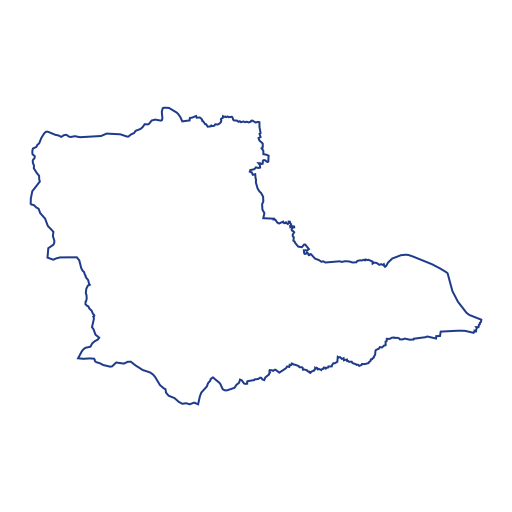 outline of Phrom Khiri, Nakhon Si Thammarat, Thailand
{"feature_id": "78962969B66960801991597", "entity_name": "Phrom Khiri", "entity_type": "district", "adm_level": 2, "iso_a3": "THA", "parent_name": "Thailand", "parent_adm1": "Nakhon Si Thammarat", "projection": "orthographic", "projection_center": [99.833, 8.549], "detail": "fine", "context": "isolated", "style": "outline", "palette": "blue", "viewbox_px": 512, "rotation_deg": 0, "n_neighbors": 0, "source": "geoboundaries", "source_scale": "gbopen_adm2", "svg_char_len": 6025}
<svg xmlns="http://www.w3.org/2000/svg" viewBox="0 0 512 512"><path d="M198.1,404.3L199.9,396.3L201.3,392.6L206.9,386.4L208.0,383.2L210.2,380.8L210.7,379.0L212.9,377.4L219.4,382.8L220.4,384.1L222.7,389.2L224.7,390.3L226.9,390.4L234.5,387.8L236.4,384.9L239.1,382.7L240.0,379.6L241.7,380.3L244.0,383.4L245.4,383.9L247.2,383.7L247.2,381.5L247.9,381.1L254.2,380.1L254.6,379.4L258.2,379.0L260.1,377.7L261.3,377.9L262.4,379.4L264.2,380.1L265.4,377.4L269.0,374.5L269.1,373.4L270.0,372.6L269.4,371.1L269.7,370.1L272.1,370.3L273.1,370.9L274.6,369.8L275.5,369.7L279.3,372.6L285.9,368.3L287.1,366.5L289.2,366.9L289.6,365.0L290.3,365.4L291.2,365.0L291.7,363.5L292.6,363.7L293.3,364.5L294.7,364.6L298.6,366.0L299.4,367.2L302.1,367.3L302.7,367.9L303.0,369.7L304.3,369.5L306.9,370.2L307.5,371.2L309.5,371.7L309.4,372.4L310.2,372.9L311.9,371.4L314.3,370.5L314.4,369.6L315.2,369.1L315.2,367.9L316.0,368.5L316.7,367.8L317.6,368.4L317.9,369.4L319.1,369.0L321.1,370.0L321.2,369.5L323.4,368.8L323.7,367.6L324.8,367.6L325.8,368.6L326.5,367.8L328.1,367.5L328.4,366.5L331.7,366.4L332.1,365.0L333.4,363.2L334.8,363.3L337.3,361.8L337.8,356.8L338.9,357.5L340.0,357.1L341.8,358.9L343.6,358.2L343.9,360.3L346.9,359.5L347.2,361.1L348.2,361.0L349.0,361.8L351.7,361.7L352.5,363.1L355.9,364.2L356.6,364.9L358.0,364.7L359.3,365.9L361.7,364.8L362.0,364.0L364.8,364.1L368.5,363.1L368.7,362.4L370.6,360.8L370.9,359.4L372.2,359.1L372.6,358.3L373.8,357.6L373.9,356.6L375.1,354.8L375.5,350.6L376.1,349.9L378.8,348.7L379.8,347.1L381.9,347.5L384.0,345.6L385.6,345.2L385.6,341.6L386.7,341.0L386.8,338.8L389.7,338.9L391.9,337.7L394.0,337.5L394.2,337.9L397.8,337.9L399.3,338.5L399.9,339.4L402.6,339.4L404.9,338.6L409.7,339.7L413.6,339.5L413.9,338.7L425.5,337.2L427.3,336.5L436.0,338.5L436.3,336.1L440.0,336.0L440.7,331.6L458.3,330.7L464.8,330.8L473.5,332.8L473.6,332.2L474.7,331.8L474.6,330.7L476.1,331.2L476.2,329.4L476.9,328.1L476.2,327.1L478.5,327.1L479.0,324.6L479.8,324.3L480.0,322.7L481.0,321.9L481.3,319.7L469.2,314.9L466.4,312.7L457.9,301.7L452.4,291.1L447.6,273.3L446.3,272.2L439.8,268.3L431.9,264.2L413.4,256.7L408.8,255.1L406.1,254.7L401.0,255.2L392.3,258.5L388.1,262.5L386.1,266.0L385.0,266.8L384.3,266.1L383.8,264.2L382.8,264.9L381.1,264.2L379.3,264.8L376.5,262.9L374.1,262.6L372.6,263.6L372.5,261.5L368.4,259.8L367.4,260.1L365.9,259.5L365.0,260.4L364.1,259.7L361.7,260.5L360.2,260.3L357.4,260.9L356.3,262.3L352.4,262.5L349.5,261.5L345.3,261.2L341.8,261.9L339.5,261.3L325.5,262.5L323.1,261.3L321.4,261.8L319.2,260.2L315.0,258.6L311.0,254.2L310.2,254.1L309.4,255.1L308.7,255.1L307.6,252.8L307.0,252.4L305.7,253.9L304.6,253.9L304.1,253.0L303.9,250.3L307.1,250.4L308.9,249.1L305.3,244.6L304.2,244.5L301.8,247.2L298.2,246.6L295.0,242.7L294.6,241.5L293.4,240.8L293.8,237.3L292.8,236.3L292.7,234.6L294.2,232.2L293.3,231.2L292.1,230.7L291.6,229.6L292.5,227.7L294.2,227.4L294.1,226.5L292.6,226.2L290.3,227.2L290.1,225.9L291.0,225.2L291.1,224.2L290.2,223.2L289.9,221.7L288.7,221.6L288.6,222.9L287.9,224.0L286.2,223.0L286.1,222.4L285.5,222.4L285.3,223.1L284.2,223.2L283.2,222.5L283.0,221.7L279.0,223.5L277.2,222.5L275.4,219.8L273.6,219.5L273.9,218.7L263.3,218.2L264.4,213.1L262.4,209.6L262.1,204.2L263.3,201.5L263.1,196.6L261.0,192.9L259.4,191.4L257.6,188.5L255.9,182.6L256.0,179.4L255.6,178.6L255.2,174.2L252.8,174.8L251.8,172.4L249.8,171.7L250.3,170.1L254.3,169.2L256.0,167.3L258.1,168.0L260.1,167.6L259.8,164.8L258.5,163.2L260.3,163.3L261.8,164.0L262.7,163.7L262.9,160.9L263.4,160.2L264.9,160.2L267.3,162.0L268.3,161.6L268.6,155.7L266.0,154.6L263.4,154.2L263.3,150.7L261.7,148.5L262.4,148.3L262.3,147.3L262.8,146.9L262.7,143.5L259.4,140.5L258.5,138.1L260.6,137.0L259.5,133.9L260.6,133.0L259.5,127.3L259.4,122.2L258.1,121.9L255.6,122.5L252.2,120.5L251.1,120.9L250.8,121.7L248.7,122.4L246.8,121.7L245.2,122.2L243.5,121.5L240.8,122.2L239.8,121.2L238.5,121.8L236.9,120.6L234.0,120.4L233.1,119.6L232.6,117.6L231.9,116.8L228.7,117.2L227.6,116.5L226.1,117.1L225.3,116.6L224.3,116.9L223.0,116.2L222.8,117.9L221.3,118.6L220.9,119.3L221.3,120.8L220.9,122.1L219.3,123.7L217.8,124.5L215.3,124.3L214.2,125.8L211.7,126.1L211.2,125.5L210.4,126.4L207.7,126.7L206.2,124.3L205.1,124.1L203.1,121.2L202.2,120.9L202.1,119.6L201.0,118.4L199.7,117.5L196.7,117.7L196.1,116.0L192.2,117.6L189.9,118.0L189.6,120.4L182.3,121.4L180.4,117.2L178.2,114.0L176.6,112.5L168.9,107.9L164.1,107.7L162.7,108.2L161.8,111.8L162.4,118.3L161.9,120.2L160.7,120.6L155.2,119.6L151.7,120.5L149.0,123.9L147.8,124.4L144.7,124.2L142.5,127.3L140.4,129.0L135.7,130.8L133.9,133.2L131.2,134.3L128.5,136.5L126.8,136.5L120.3,134.3L106.6,133.6L101.1,136.0L80.1,137.2L74.9,136.2L70.6,137.0L68.9,136.6L66.9,135.1L65.6,134.8L63.7,135.3L61.3,136.9L58.4,135.4L55.5,134.9L48.3,131.9L46.7,131.6L45.6,132.0L44.1,133.5L41.3,138.0L39.2,143.3L37.2,145.1L36.3,147.0L33.1,148.4L32.5,149.9L32.3,152.3L32.6,154.4L34.6,155.9L34.8,156.8L34.4,158.3L33.0,159.9L32.7,161.1L33.0,163.3L34.0,165.5L33.8,168.3L37.0,173.3L39.1,175.8L39.2,179.0L39.8,181.6L32.3,191.2L30.8,198.7L30.7,203.9L31.4,204.5L33.9,205.1L36.1,207.3L38.6,208.8L40.2,213.1L45.1,218.6L47.8,225.9L53.4,231.8L52.9,236.1L54.3,240.6L54.3,242.7L53.3,244.8L48.3,248.2L47.5,257.6L53.3,259.7L56.5,258.3L60.2,257.4L76.8,257.3L79.3,260.4L81.2,268.0L82.5,270.6L84.1,272.1L84.9,274.8L85.7,275.8L85.7,277.0L88.2,280.2L89.0,283.6L89.8,284.8L87.8,285.7L86.3,288.8L85.8,293.0L86.5,295.2L86.7,298.5L86.1,301.2L85.5,301.9L85.5,304.3L87.2,305.9L88.4,306.4L89.3,308.5L91.5,310.5L92.9,313.7L94.3,315.3L94.3,315.8L93.3,316.6L93.8,317.4L93.8,319.3L92.0,327.2L93.5,329.2L95.5,334.7L99.2,337.7L97.9,339.5L94.5,341.4L92.2,343.4L90.4,346.7L85.4,347.8L83.3,349.4L81.7,351.5L78.1,358.3L83.5,358.8L89.7,358.4L94.0,358.7L94.6,359.4L94.9,361.0L96.3,362.2L99.8,363.2L103.2,365.0L110.2,366.7L112.2,366.3L116.2,362.5L123.9,363.6L127.7,361.8L130.8,361.7L135.2,365.2L142.7,370.0L150.0,372.4L153.0,374.5L155.0,376.8L160.0,385.1L163.7,388.3L165.5,389.2L166.0,392.6L168.6,395.7L174.5,398.1L178.8,401.9L182.4,403.8L186.1,403.2L189.7,404.3L194.2,402.6L198.1,404.3Z" fill="none" stroke="#1e3a8a" stroke-width="2"/></svg>